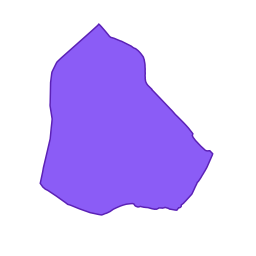 the district of Rajuzah, Al Jawf, Yemen, rotated 196°
{"feature_id": "15242507B9382148202065", "entity_name": "Rajuzah", "entity_type": "district", "adm_level": 2, "iso_a3": "YEM", "parent_name": "Yemen", "parent_adm1": "Al Jawf", "projection": "mercator", "projection_center": [44.482, 16.62], "detail": "fine", "context": "isolated", "style": "filled", "palette": "violet", "viewbox_px": 256, "rotation_deg": 196, "n_neighbors": 0, "source": "geoboundaries", "source_scale": "gbopen_adm2", "svg_char_len": 2458}
<svg xmlns="http://www.w3.org/2000/svg" viewBox="0 0 256 256"><g transform="rotate(196 128 128)"><path d="M184.7,219.8L184.8,219.6L185.1,218.9L185.3,218.4L190.0,210.8L211.5,176.9L213.7,173.2L214.5,171.7L214.9,169.9L216.0,163.8L216.5,160.7L216.4,160.0L216.4,159.7L215.0,150.7L214.9,150.2L211.9,138.9L209.7,130.6L209.3,128.8L209.0,127.8L205.0,119.2L203.4,115.8L202.7,112.1L201.9,107.4L199.8,96.1L198.6,71.7L198.4,66.8L197.9,62.1L197.1,50.6L193.6,47.8L190.8,46.5L190.4,46.4L187.8,45.9L178.1,42.8L173.9,41.3L167.9,39.2L164.9,38.0L162.3,38.0L152.2,36.9L141.1,36.2L138.3,36.4L132.4,36.8L130.5,37.0L129.3,37.2L128.3,37.9L126.3,39.5L125.6,39.9L125.0,40.3L122.3,42.7L119.7,45.9L117.1,48.2L113.8,50.9L111.4,52.6L108.6,54.3L105.3,55.7L102.9,56.6L101.5,56.6L99.9,55.3L99.4,55.1L98.6,54.9L96.8,54.8L96.3,55.0L95.9,55.1L94.6,56.0L91.1,56.2L89.3,56.5L86.7,57.0L84.4,57.0L83.9,57.0L83.4,57.0L82.6,57.0L81.6,57.1L79.8,57.3L79.4,57.5L78.2,57.8L77.1,58.7L76.2,59.7L75.2,60.0L73.4,60.4L72.7,60.5L72.1,60.9L71.6,61.1L71.1,61.4L70.7,61.8L70.3,61.9L67.0,61.9L65.8,61.5L64.2,61.7L60.6,62.1L60.2,62.1L58.4,62.5L57.3,65.3L56.6,65.5L56.3,65.7L55.9,66.1L55.6,66.6L55.4,66.9L55.3,67.2L55.3,67.7L55.6,68.7L53.8,71.1L53.6,71.6L53.4,72.1L52.8,73.1L49.1,80.6L48.7,81.4L48.4,82.1L48.1,83.8L47.4,88.2L47.3,89.1L46.5,93.6L46.5,94.0L46.3,95.1L45.8,95.7L45.5,96.6L44.9,98.3L44.4,99.9L44.0,101.4L43.6,103.1L43.1,104.7L43.0,105.0L42.7,106.4L42.2,108.1L41.9,109.5L41.6,110.6L41.5,111.1L41.2,112.7L41.0,114.3L40.8,115.7L39.5,125.3L39.5,126.6L40.3,127.1L43.1,128.7L45.6,127.8L47.4,127.8L53.0,130.6L55.2,131.9L59.7,134.6L62.9,137.0L64.1,138.5L64.1,140.4L65.2,141.2L69.7,144.5L72.7,146.4L75.7,148.2L83.0,152.3L86.2,154.0L90.7,156.9L92.5,157.9L102.0,163.5L112.1,169.4L113.8,170.4L115.3,171.2L115.6,171.4L115.6,171.7L120.7,174.5L122.0,175.5L122.8,176.3L123.6,177.2L124.2,178.2L124.6,179.2L125.1,180.2L125.3,181.1L125.7,182.2L126.1,183.3L126.1,183.5L126.5,185.3L127.2,187.3L127.7,189.3L128.5,191.5L129.0,193.2L129.4,194.2L129.7,194.9L130.5,196.5L131.3,198.2L132.2,199.4L132.7,200.3L133.5,201.0L134.4,201.7L135.3,202.4L136.1,203.0L137.0,203.6L138.3,204.4L139.5,205.1L141.4,205.9L142.7,206.4L143.6,206.4L145.2,206.7L146.2,207.1L147.5,207.6L153.4,208.7L158.1,209.6L159.2,209.6L162.8,210.0L166.0,210.4L168.9,210.4L169.8,210.4L170.5,210.8L171.4,211.2L172.6,212.1L174.5,213.4L176.7,214.9L179.3,216.6L181.6,218.1L183.8,219.4L184.5,219.7L184.7,219.8Z" fill="#8b5cf6" stroke="#5b21b6" stroke-width="1.5"/></g></svg>